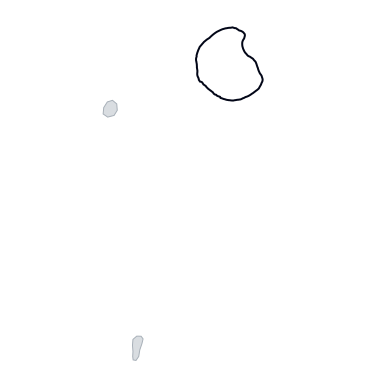 location of North Nilandhoo, Maldives, rotated 168°
{"feature_id": "70690204B63708858601891", "entity_name": "North Nilandhoo", "entity_type": "district", "adm_level": 2, "iso_a3": "MDV", "parent_name": "Maldives", "parent_adm1": "", "projection": "mercator", "projection_center": [72.923, 3.188], "detail": "fine", "context": "in_parent", "style": "outline", "palette": "ink", "viewbox_px": 384, "rotation_deg": 168, "n_neighbors": 0, "source": "geoboundaries", "source_scale": "gbopen_adm2", "svg_char_len": 3437}
<svg xmlns="http://www.w3.org/2000/svg" viewBox="0 0 384 384"><g transform="rotate(168 192 192)"><path d="M280.4,60.1L276.0,62.5L271.8,61.5L270.4,58.5L272.5,54.1L275.9,48.4L278.3,42.2L281.8,38.9L284.5,40.0L284.2,43.5L282.9,48.3L282.1,54.4L280.4,60.1ZM256.1,297.7L250.7,298.2L247.3,293.8L248.1,287.5L252.3,283.1L258.9,282.8L262.7,286.8L260.8,292.9L256.1,297.7Z" fill="#d9dde1" stroke="#a8b0b8" stroke-width="1"/><path d="M125.2,345.1L126.6,345.0L128.3,344.9L129.9,344.6L131.2,344.3L132.4,344.0L134.4,343.5L136.4,342.7L137.7,342.1L138.7,341.6L140.0,340.9L141.7,339.9L142.9,339.1L144.5,338.5L145.6,338.1L147.0,337.4L148.3,336.7L149.1,336.3L150.1,335.5L151.2,334.7L152.2,333.9L153.3,333.1L154.4,332.2L155.3,330.9L155.9,330.1L156.5,329.3L157.1,328.3L157.8,327.2L158.2,326.4L158.6,325.7L158.9,325.1L159.2,324.4L159.2,323.9L159.4,323.4L159.8,322.7L160.1,322.1L160.3,321.6L160.5,320.8L160.6,320.1L160.7,319.3L160.6,318.7L160.7,317.7L160.7,316.7L160.8,315.9L160.8,315.3L161.0,314.6L161.1,313.6L161.3,313.1L161.3,312.2L161.4,311.7L161.4,310.9L161.5,309.9L161.5,309.3L161.8,308.4L161.9,307.8L162.1,307.4L162.2,306.9L162.4,306.1L162.5,305.3L162.5,304.6L162.4,303.8L162.0,302.2L162.0,301.8L161.9,300.9L162.0,300.3L161.6,299.3L161.2,298.3L160.4,298.0L159.6,297.5L159.3,297.1L159.0,296.4L158.7,295.7L158.5,294.9L157.9,294.3L157.4,293.7L156.6,293.0L156.4,292.4L156.0,291.6L155.7,291.1L155.3,290.5L154.9,289.9L154.6,289.4L154.0,288.8L153.5,288.2L153.0,287.6L152.5,287.1L152.1,286.6L151.7,286.1L151.3,285.7L150.9,285.2L150.6,284.6L150.5,284.1L150.3,283.7L149.8,283.1L149.2,282.5L148.6,282.3L148.1,282.0L147.9,281.6L147.8,281.3L147.4,280.9L147.0,280.6L146.6,280.3L145.9,279.9L145.1,279.5L144.7,279.1L144.7,278.4L144.4,278.0L143.9,277.8L143.4,277.5L142.6,277.0L141.7,276.4L140.6,275.9L139.8,275.4L138.6,274.8L137.4,274.4L136.8,274.1L135.9,273.9L134.9,273.5L134.3,273.3L133.7,273.2L132.9,272.9L132.1,272.9L131.2,272.9L129.9,272.8L128.7,272.8L127.4,272.6L126.6,272.6L125.8,272.5L125.2,272.5L124.0,272.7L123.2,273.0L122.9,273.1L122.3,273.1L121.7,273.2L121.1,273.4L120.4,273.6L119.8,273.8L119.0,273.8L118.4,273.9L117.8,274.0L117.3,274.1L116.8,274.2L115.6,274.6L115.0,274.8L114.0,275.2L112.9,275.7L112.2,275.9L111.3,276.3L110.5,276.7L109.4,277.2L108.6,277.6L107.7,278.0L107.0,278.3L106.1,278.8L105.2,279.3L104.5,280.1L103.4,281.4L102.7,282.1L102.0,283.0L101.6,283.7L101.1,284.4L100.6,285.0L100.1,285.7L99.7,286.7L99.5,287.5L99.5,288.4L99.6,289.3L99.7,290.2L99.7,290.8L99.9,291.6L100.2,292.4L100.4,292.8L100.9,293.8L101.1,294.6L101.3,295.6L101.5,296.4L101.6,297.1L101.7,297.8L101.8,298.8L101.8,299.6L102.0,300.5L102.1,301.5L102.2,302.1L102.3,303.5L102.5,304.7L102.6,305.4L102.8,306.2L103.3,307.1L103.8,307.8L104.4,309.1L104.7,309.7L105.1,310.1L105.6,310.6L106.3,311.3L107.0,312.1L107.5,312.5L108.1,312.9L108.4,313.1L109.1,313.8L109.6,314.7L110.1,315.7L110.7,316.7L111.0,317.2L111.3,317.9L111.6,318.9L111.8,319.5L111.9,320.2L112.2,321.4L112.3,322.6L112.4,324.0L112.3,325.3L112.1,326.4L111.9,327.3L111.7,327.9L111.3,328.8L110.6,329.8L110.0,330.5L109.4,331.0L109.0,331.5L108.5,332.5L108.1,333.2L107.7,334.2L107.6,334.8L107.7,335.8L108.2,336.6L108.5,337.3L108.8,337.7L109.2,338.2L109.9,338.8L110.5,339.3L111.2,339.7L111.9,340.0L112.5,340.4L112.9,340.9L113.5,341.6L114.0,342.0L114.6,342.8L115.3,343.2L116.1,343.4L117.3,344.1L118.2,344.6L119.4,344.6L120.6,344.7L121.4,344.9L122.8,345.0L124.0,345.0L125.2,345.1Z" fill="none" stroke="#020617" stroke-width="2"/></g></svg>